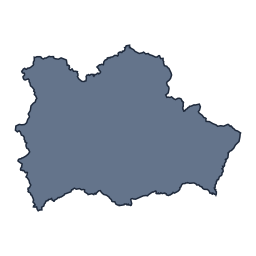 Nyaruguru, Southern, Rwanda
{"feature_id": "39286606B69204186902764", "entity_name": "Nyaruguru", "entity_type": "district", "adm_level": 2, "iso_a3": "RWA", "parent_name": "Rwanda", "parent_adm1": "Southern", "projection": "mercator", "projection_center": [29.568, -2.686], "detail": "fine", "context": "isolated", "style": "filled", "palette": "slate", "viewbox_px": 256, "rotation_deg": 0, "n_neighbors": 0, "source": "geoboundaries", "source_scale": "gbopen_adm2", "svg_char_len": 5722}
<svg xmlns="http://www.w3.org/2000/svg" viewBox="0 0 256 256"><path d="M240.6,133.0L237.6,131.0L235.3,130.3L234.1,128.9L232.7,128.0L232.4,127.2L230.8,126.4L230.9,125.9L229.7,126.0L228.6,124.5L227.7,124.4L223.7,126.2L220.7,125.7L217.6,126.3L216.3,125.0L212.8,123.6L209.4,121.6L206.1,121.4L205.8,119.7L206.1,118.5L204.8,117.7L203.8,117.6L202.3,115.4L199.1,113.0L198.6,112.2L198.4,111.5L199.5,110.2L200.4,106.8L199.3,104.1L194.8,105.1L194.1,104.8L191.0,106.2L189.5,106.3L189.1,107.1L187.9,107.7L187.2,108.7L185.9,109.4L184.8,110.9L183.9,111.1L184.1,110.4L183.3,110.0L182.7,108.8L183.0,108.1L182.7,107.1L183.3,106.3L183.1,103.8L183.5,102.5L183.2,101.9L182.5,101.7L182.2,100.9L181.8,100.8L181.3,99.1L179.7,98.3L177.9,98.3L175.5,99.6L173.8,98.8L171.5,96.8L170.0,97.5L168.2,97.1L166.9,97.4L165.9,95.3L165.7,95.0L168.2,92.9L169.0,88.8L168.8,87.0L167.3,85.4L166.6,83.0L167.1,81.9L169.3,80.1L170.6,78.3L171.6,75.0L171.0,72.8L168.9,68.4L167.7,67.6L166.8,66.3L164.4,65.7L163.5,63.0L163.7,61.6L163.0,60.5L163.1,58.4L160.6,58.5L159.5,55.7L158.7,55.7L157.2,57.0L155.5,57.1L152.2,55.5L149.3,54.6L148.3,53.5L145.7,53.9L143.6,52.1L142.4,52.8L139.2,53.5L134.9,51.3L133.6,49.7L130.5,48.0L130.4,47.5L129.5,47.6L129.6,45.2L126.2,45.8L125.5,47.5L124.7,47.6L125.1,48.3L124.6,50.4L123.5,51.2L123.0,51.0L122.3,51.3L122.0,52.4L121.1,52.5L120.1,51.9L119.6,52.4L118.8,52.5L118.1,53.3L118.3,54.8L118.0,55.7L117.4,56.0L116.7,55.4L114.6,55.4L112.8,56.8L110.6,57.2L110.4,57.7L109.5,57.8L109.1,57.5L108.5,58.0L107.9,57.8L107.3,58.0L107.0,59.3L105.1,60.1L103.9,61.7L103.4,64.7L101.5,64.3L100.6,64.8L99.5,64.8L96.9,67.0L98.5,68.7L99.3,70.6L100.1,71.0L100.6,71.9L100.3,72.7L98.8,73.9L98.0,73.1L97.4,73.2L96.7,74.1L94.8,74.8L93.9,76.3L93.3,75.7L93.4,74.7L93.1,74.9L92.3,74.3L90.8,74.4L89.6,75.4L88.6,74.6L87.9,75.2L87.1,75.0L86.1,76.5L86.4,78.3L86.0,80.5L85.8,81.0L84.8,81.0L84.2,81.5L81.8,81.4L78.6,78.7L77.4,76.5L78.0,75.4L77.8,73.6L77.1,72.7L77.4,71.6L75.3,71.2L73.5,71.3L72.1,68.9L71.3,69.3L70.7,70.1L69.3,69.3L69.0,68.3L69.6,67.2L69.2,66.6L69.3,65.8L68.3,65.1L67.2,65.3L66.4,60.1L66.0,59.8L61.1,57.9L58.4,59.2L55.1,58.7L53.6,57.8L53.5,56.6L50.4,56.7L49.1,56.3L46.1,58.1L44.9,58.0L43.3,59.0L41.4,58.0L41.3,57.3L40.2,56.7L36.9,56.7L35.1,57.5L34.2,57.2L34.3,60.6L33.6,61.4L33.2,63.3L33.6,64.1L33.1,65.3L30.5,67.4L28.9,68.2L28.1,68.0L27.3,68.4L26.6,69.3L25.7,69.2L24.7,68.3L23.3,69.1L22.3,70.8L21.7,71.2L22.2,72.6L23.1,73.2L24.0,73.0L24.5,73.6L24.5,75.2L23.0,76.6L23.1,77.8L24.0,79.5L25.1,80.0L28.2,78.9L29.1,79.9L29.1,81.8L29.8,82.5L30.5,85.8L32.1,87.1L34.2,89.7L33.7,91.2L34.9,92.4L34.3,94.5L35.6,95.7L36.8,98.4L35.8,99.9L35.3,101.9L33.2,103.4L31.0,105.9L30.3,110.6L28.2,114.0L29.3,116.0L29.4,117.1L27.8,119.3L26.6,122.8L24.6,124.5L21.4,124.8L19.2,124.4L15.9,126.0L15.4,130.2L17.4,131.9L19.1,130.8L20.3,131.9L21.4,135.1L22.5,135.4L23.6,136.3L24.3,137.7L24.1,139.2L25.3,141.1L24.9,141.8L26.8,143.0L26.1,144.0L26.0,145.9L26.5,147.5L26.9,148.3L28.3,149.0L29.7,151.9L28.2,154.1L25.8,156.1L22.9,157.8L21.8,158.0L21.1,158.7L19.2,159.0L18.5,159.5L18.0,160.7L18.2,161.3L22.2,164.0L21.6,166.4L21.8,167.0L20.7,168.2L20.5,169.6L20.8,170.2L22.0,170.1L22.4,170.6L23.7,170.5L25.4,172.7L27.0,172.3L27.4,172.5L27.0,175.2L26.0,176.9L27.3,177.8L29.1,180.5L29.5,182.8L30.8,185.0L29.4,187.8L28.1,188.1L27.9,189.2L28.5,190.5L28.0,191.3L28.5,192.1L29.4,192.3L30.5,193.3L30.8,194.8L31.7,195.2L33.4,199.2L33.6,200.4L33.1,201.2L33.1,202.4L34.1,203.1L35.1,204.6L34.9,205.2L34.2,205.3L33.6,206.0L33.4,206.9L35.2,207.1L36.6,206.9L37.2,209.3L38.2,210.8L39.6,210.0L41.9,209.9L41.7,207.2L43.8,206.0L44.4,203.8L45.1,203.2L46.0,201.1L46.9,201.0L47.3,200.5L48.1,200.5L48.5,199.5L50.0,199.4L51.6,198.5L52.1,200.1L53.0,200.4L53.6,201.2L54.2,201.2L54.7,200.1L57.0,198.8L58.2,197.5L59.1,197.8L60.1,197.1L61.1,197.0L64.2,195.0L64.5,194.1L70.9,191.8L71.6,189.8L72.8,189.7L73.1,188.9L74.5,188.2L76.2,189.2L79.6,188.6L81.4,189.8L83.6,189.5L84.6,189.8L84.5,191.6L84.9,192.1L87.7,193.8L88.1,194.6L91.9,193.7L93.8,194.6L94.4,193.6L95.0,193.3L95.5,194.1L96.1,194.0L96.4,193.1L98.6,190.9L100.3,190.6L101.5,192.5L103.6,194.4L106.5,195.2L109.1,197.1L109.3,197.7L111.4,199.7L111.9,201.3L112.9,201.7L114.8,201.8L115.9,204.1L117.5,205.0L119.3,205.2L119.3,205.6L124.1,204.8L124.3,204.1L125.3,204.1L126.7,204.1L126.8,204.8L127.9,204.9L128.3,204.3L128.8,205.0L130.2,205.1L130.7,205.5L131.3,205.1L131.7,203.5L130.7,199.6L131.3,198.8L132.4,198.6L133.3,199.0L135.6,199.2L143.3,195.8L145.9,195.5L147.6,195.8L148.4,194.8L152.4,192.0L153.0,192.2L155.5,191.0L156.1,191.3L156.1,193.4L157.1,193.8L158.3,193.1L158.6,193.7L160.0,193.7L160.8,192.8L162.2,193.6L164.8,193.0L165.1,193.6L166.1,193.7L166.5,194.9L168.5,195.5L169.7,194.9L170.3,194.9L171.9,193.7L172.0,193.0L172.2,193.6L172.6,193.3L173.1,192.4L174.5,193.1L177.9,191.3L179.6,189.6L180.0,188.5L179.9,187.5L180.8,187.0L181.6,184.9L182.7,183.7L185.1,183.5L185.8,182.9L187.1,183.0L187.5,182.6L189.7,183.3L193.9,182.9L195.9,183.8L196.7,185.0L198.8,184.9L200.1,186.4L201.6,186.7L201.8,187.2L202.3,187.3L202.6,188.3L204.2,189.3L207.5,189.5L209.2,191.2L209.9,193.1L210.8,193.1L212.4,194.2L212.8,194.0L212.6,193.1L213.2,193.2L214.9,194.4L215.6,194.5L215.9,195.1L216.3,194.0L216.4,191.8L215.6,190.8L215.7,189.5L215.2,189.2L214.7,189.4L214.3,187.9L215.1,187.4L215.2,184.8L216.2,183.6L216.4,181.3L217.0,180.9L217.1,180.0L217.6,179.5L218.5,179.6L219.2,177.0L220.1,176.1L221.4,175.5L221.9,174.7L222.1,172.6L223.1,171.7L223.1,169.9L222.0,168.8L223.3,167.8L222.7,166.3L224.1,166.3L224.5,165.7L224.5,163.5L225.9,161.5L226.0,160.6L225.4,159.5L226.0,159.1L226.4,159.4L227.9,157.6L228.3,153.9L228.0,153.0L228.9,152.5L229.4,151.4L231.8,150.3L232.2,149.5L233.5,148.6L235.4,145.0L239.0,141.5L239.9,137.0L240.2,133.6L240.6,133.0Z" fill="#64748b" stroke="#1e293b" stroke-width="1.5"/></svg>